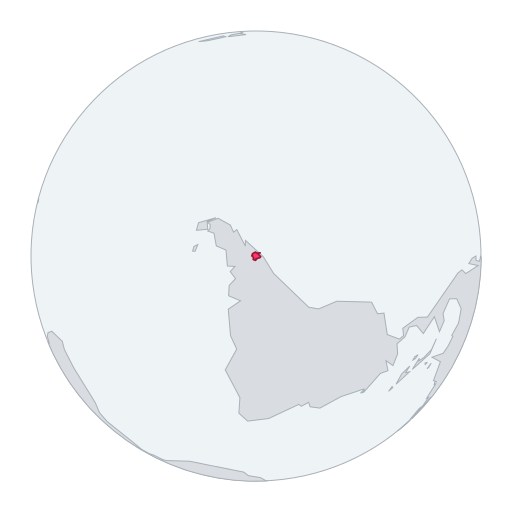 globe centered on La Araucanía, rotated 128°
{"feature_id": "CHL-2700", "entity_name": "La Araucanía", "entity_type": "Region", "adm_level": 1, "iso_a3": "CHL", "parent_name": "Chile", "parent_adm1": "", "projection": "orthographic", "projection_center": [-72.302, -38.69], "detail": "fine", "context": "on_globe", "style": "filled", "palette": "rose", "viewbox_px": 512, "rotation_deg": 128, "n_neighbors": 0, "source": "natural_earth", "source_scale": "10m", "svg_char_len": 4814}
<svg xmlns="http://www.w3.org/2000/svg" viewBox="0 0 512 512"><g transform="rotate(128 256 256)"><circle cx="256" cy="256" r="225" fill="#eef3f6" stroke="#a8b0b8"/><path d="M288.2,33.0L286.6,32.8L270.8,31.2L259.2,31.4L274.6,31.6L277.2,32.5L280.9,33.0L285.3,33.5L287.4,33.4L289.9,34.0L275.7,33.5L273.2,32.9L277.7,32.9L270.3,32.4L260.8,33.1L262.9,34.0L246.2,35.7L247.5,36.5L244.6,37.7L243.7,36.0L245.0,39.4L225.8,45.6L227.4,55.0L217.4,48.6L208.7,49.2L198.1,51.4L198.1,52.8L184.1,55.1L171.2,61.9L166.1,71.5L170.6,77.1L186.2,73.2L191.1,67.9L202.7,64.8L194.0,78.1L214.1,76.4L211.9,86.7L217.7,91.5L227.9,88.9L238.4,90.8L246.0,84.1L258.1,80.6L258.4,89.2L265.1,81.4L271.9,85.7L296.0,87.2L294.2,89.0L314.6,102.5L336.5,112.0L341.5,120.5L338.9,124.4L346.5,127.8L346.6,130.9L376.3,146.0L391.2,160.9L390.4,172.7L377.5,181.5L364.7,210.1L341.2,213.9L334.5,227.0L315.0,245.1L300.8,240.6L304.2,253.1L295.7,259.0L286.4,258.2L284.2,266.7L277.2,266.2L281.5,272.4L269.8,283.3L272.5,293.5L263.9,303.1L266.0,309.4L262.8,309.1L259.5,311.3L259.0,314.9L249.6,309.0L247.4,295.2L251.1,288.4L247.0,287.4L254.8,270.5L250.2,273.9L252.0,250.0L258.9,231.4L263.9,183.0L259.2,174.1L241.9,164.5L221.2,136.5L226.7,124.7L222.2,120.0L237.1,104.2L233.2,91.9L227.9,90.7L222.6,95.8L204.7,90.7L198.6,83.3L145.2,86.4L140.1,85.2L140.7,79.9L126.7,75.1L131.0,83.6L124.8,84.3L120.6,82.7L124.0,79.8L122.5,76.6L117.5,79.1L119.2,77.0L132.5,67.6L146.5,59.1L161.0,51.7L176.0,45.4L191.4,40.2L207.2,36.1L223.2,33.1L239.4,31.3L255.7,30.7L272.0,31.3L288.2,33.0ZM226.0,58.8L249.1,63.0L235.9,64.4L238.4,63.1L232.6,61.2L221.7,60.1L210.1,62.9L226.0,58.8ZM236.6,52.0L232.6,51.9L236.6,51.5L236.6,52.0ZM265.2,321.8L250.4,311.1L258.8,315.8L264.7,310.5L272.4,318.8L265.2,321.8ZM282.8,308.9L289.6,306.9L291.2,308.9L286.8,310.8L282.8,308.9ZM458.0,355.7L451.8,367.1L452.1,364.9L447.8,371.0L444.4,372.7L441.0,370.6L442.5,356.1L447.7,349.4L456.4,330.6L470.6,292.2L475.8,282.9L478.1,271.3L478.5,237.6L478.8,227.2L477.6,218.9L475.9,214.2L473.9,204.4L472.3,200.6L458.5,181.8L450.8,166.3L433.8,132.5L433.8,126.8L427.9,116.1L426.9,109.3L437.2,122.1L446.5,135.7L454.7,149.9L461.9,164.7L468.1,179.9L473.0,195.6L476.9,211.6L479.5,227.8L481.0,244.2L481.2,260.7L480.3,277.1L478.2,293.4L474.8,309.5L470.4,325.3L464.7,340.7L458.0,355.7ZM432.8,116.4L434.8,119.0L432.8,116.4ZM296.8,87.2L299.7,89.2L295.9,88.8L296.8,87.2ZM234.0,67.5L238.9,67.3L241.4,68.3L237.7,68.9L234.0,67.5ZM275.4,67.2L281.0,68.2L275.1,68.4L275.4,67.2ZM252.7,63.7L270.8,66.7L259.4,68.6L248.0,67.1L255.9,66.3L252.7,63.7ZM234.2,55.5L237.3,55.8L236.3,56.9L234.2,55.5ZM239.5,51.8L238.3,51.9L236.8,51.2L239.5,51.8ZM278.1,32.5L279.3,32.6L283.7,33.1L281.6,33.0L278.1,32.5ZM295.0,34.1L294.9,34.1L303.4,35.8L306.9,36.9L303.0,35.8L300.8,35.5L289.7,33.5L293.5,33.9L295.0,34.1ZM276.5,31.7L282.9,32.4L275.7,31.6L276.5,31.7ZM349.2,460.5L344.5,462.5L347.5,461.0L349.2,460.5ZM102.6,417.2L101.9,414.9L108.3,420.1L116.4,426.9L122.4,433.2L102.6,417.2ZM97.1,411.8L91.2,406.5L87.2,404.0L90.1,405.0L87.6,400.1L100.5,413.1L97.1,411.8Z" fill="#d9dde1" stroke="#a8b0b8" stroke-width="1"/><path d="M260.0,253.9L260.0,254.0L260.0,254.4L260.1,255.0L260.3,255.2L260.4,255.3L260.5,255.4L260.5,255.5L260.4,255.8L260.4,256.0L260.2,256.2L260.2,256.3L260.0,256.2L259.8,256.2L259.8,256.3L259.6,256.4L259.3,256.5L259.2,256.5L258.8,256.8L258.7,257.0L258.7,257.3L258.7,257.6L258.7,258.2L258.7,258.5L258.5,258.8L258.5,259.0L258.4,259.1L258.3,259.3L258.4,259.5L258.2,259.6L258.0,259.4L257.9,259.3L257.9,259.2L257.7,259.0L257.4,259.2L257.3,259.5L257.2,259.7L257.1,259.9L256.9,260.1L256.7,260.1L256.3,260.2L256.2,260.1L255.9,260.0L255.7,260.0L255.6,259.9L255.4,259.7L255.1,259.6L254.9,259.6L254.7,259.6L254.4,259.5L254.2,259.5L254.0,259.4L254.0,259.2L254.1,258.8L254.0,258.7L253.9,258.7L253.7,258.7L253.5,258.8L253.4,258.8L253.2,258.8L253.1,258.7L253.2,258.3L253.2,258.2L253.2,257.9L253.2,258.0L253.1,257.9L253.0,257.5L252.8,256.9L252.5,256.0L252.6,256.4L252.5,256.2L252.4,256.0L252.4,255.8L252.3,255.6L252.3,255.4L252.2,255.2L252.4,255.1L252.7,255.0L252.8,255.0L253.0,255.2L252.9,254.8L253.0,254.7L253.2,254.4L253.6,253.8L253.5,253.7L253.4,253.6L253.3,253.4L253.4,253.2L253.4,252.9L253.5,252.8L253.6,252.7L253.6,252.4L253.5,252.2L253.6,251.9L253.8,252.0L254.1,251.9L254.3,251.8L254.8,251.9L255.0,251.9L255.1,252.0L255.3,252.0L255.4,252.3L255.5,252.3L255.6,252.5L255.8,252.7L255.9,252.8L256.1,252.9L256.3,252.9L256.4,253.1L256.5,253.1L256.6,253.3L256.8,253.4L257.0,253.3L257.2,253.5L257.3,253.5L257.5,253.4L257.8,253.5L257.7,253.6L257.8,253.8L257.8,254.0L258.0,254.3L258.1,254.2L258.3,254.1L258.5,254.0L258.6,253.9L258.7,253.7L258.8,253.7L259.0,253.6L259.4,253.6L259.6,253.6L259.8,253.8L260.0,253.9L260.0,253.9ZM251.1,254.7L251.1,254.8L251.1,255.0L251.0,254.9L250.9,254.8L250.9,254.7L251.0,254.6L251.1,254.7Z" fill="#f43f5e" stroke="#9f1239" stroke-width="1.5"/></g></svg>